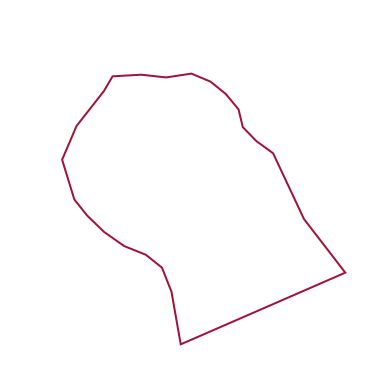 an SVG outline of Astara, rotated 68°
{"feature_id": "AZE-1695", "entity_name": "Astara", "entity_type": "District", "adm_level": 1, "iso_a3": "AZE", "parent_name": "Azerbaijan", "parent_adm1": "", "projection": "equal_earth", "projection_center": [48.676, 38.498], "detail": "fine", "context": "isolated", "style": "outline", "palette": "rose", "viewbox_px": 384, "rotation_deg": 68, "n_neighbors": 0, "source": "natural_earth", "source_scale": "10m", "svg_char_len": 456}
<svg xmlns="http://www.w3.org/2000/svg" viewBox="0 0 384 384"><g transform="rotate(68 192 192)"><path d="M117.5,300.7L113.4,300.3L87.5,274.3L65.5,236.0L55.0,222.3L64.2,195.2L76.1,173.0L82.0,148.2L96.6,133.5L113.9,123.9L132.9,117.9L150.9,120.6L168.8,113.3L186.5,102.3L259.1,98.3L324.2,80.1L329.0,259.5L276.8,248.4L250.9,248.2L232.8,258.4L216.8,275.1L196.3,288.4L174.4,298.1L154.9,303.9L117.5,300.7Z" fill="none" stroke="#9f1239" stroke-width="2"/></g></svg>